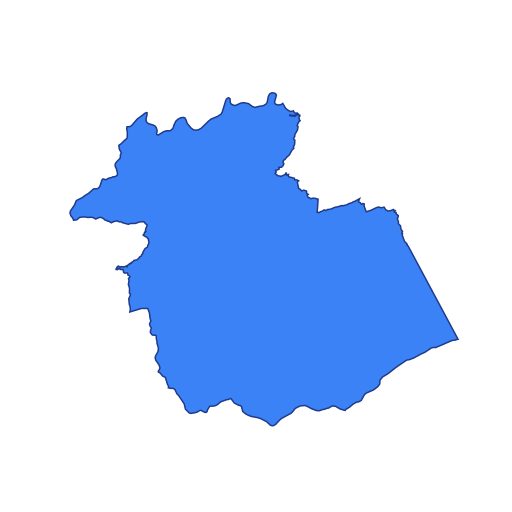 Trujillo, Valle del Cauca, Colombia, rotated 242°
{"feature_id": "7082276B51151260265899", "entity_name": "Trujillo", "entity_type": "district", "adm_level": 2, "iso_a3": "COL", "parent_name": "Colombia", "parent_adm1": "Valle del Cauca", "projection": "equal_earth", "projection_center": [-76.307, 4.233], "detail": "fine", "context": "isolated", "style": "filled", "palette": "blue", "viewbox_px": 512, "rotation_deg": 242, "n_neighbors": 0, "source": "geoboundaries", "source_scale": "gbopen_adm2", "svg_char_len": 6123}
<svg xmlns="http://www.w3.org/2000/svg" viewBox="0 0 512 512"><g transform="rotate(242 256 256)"><path d="M399.0,293.8L397.7,291.8L397.3,287.7L398.0,280.6L397.3,277.1L394.5,267.5L394.5,264.6L395.0,262.7L396.6,260.1L399.6,258.7L405.4,257.5L408.9,258.1L411.4,258.0L412.6,256.7L413.4,254.3L413.4,251.2L412.7,248.5L409.9,244.8L407.8,242.7L406.9,239.8L407.1,238.6L408.6,235.7L408.9,234.2L409.1,232.4L408.7,226.6L409.4,225.7L410.5,225.5L413.1,227.6L416.3,228.2L418.0,227.9L419.7,226.9L423.6,223.0L426.1,222.2L428.8,223.3L431.4,225.7L433.6,227.1L434.0,226.8L434.2,224.7L433.7,222.5L432.7,215.5L429.4,206.9L429.6,205.1L430.7,202.8L429.0,201.5L425.7,200.5L421.0,197.9L420.4,197.1L419.6,193.4L418.4,189.5L418.2,187.2L417.8,186.6L414.4,185.5L410.3,185.5L408.9,183.7L406.2,182.1L404.5,177.0L403.7,175.4L403.0,174.6L401.3,173.8L398.3,173.6L394.5,172.7L392.8,171.8L392.2,170.3L392.3,169.3L392.4,168.1L393.1,167.1L393.1,165.3L393.8,162.8L393.9,159.0L395.4,157.8L395.9,156.9L395.6,155.9L390.8,150.8L390.0,149.1L390.0,147.1L391.5,144.2L389.9,137.4L389.7,133.5L389.1,130.1L389.3,123.9L388.9,122.8L386.3,119.8L382.8,113.2L381.4,112.0L378.5,111.4L375.4,112.0L373.2,111.7L372.1,114.7L372.9,118.4L371.8,121.4L370.1,124.3L369.0,125.5L368.0,127.9L367.1,129.5L366.1,130.4L363.9,131.8L363.6,135.6L363.0,137.2L360.7,138.9L358.8,139.4L357.5,140.8L356.5,141.2L355.8,142.3L353.2,143.9L353.2,146.5L352.2,149.9L351.4,150.3L350.1,151.7L349.6,152.9L348.0,153.8L343.9,158.2L343.7,160.2L341.3,165.0L340.8,169.2L339.2,172.5L338.7,173.2L336.4,173.6L334.9,174.5L333.6,173.7L331.9,171.5L329.8,169.9L329.3,169.1L329.1,169.5L328.8,168.2L328.0,167.7L327.5,166.2L325.1,167.4L324.3,168.2L321.7,168.9L318.6,168.0L317.2,167.0L316.6,165.9L314.8,164.2L314.7,162.0L314.3,160.9L312.3,157.8L311.3,157.2L310.9,155.8L309.7,154.2L309.8,152.8L309.1,151.5L308.5,149.1L309.4,146.2L308.9,145.6L308.8,143.4L308.2,142.7L308.7,141.8L308.0,140.7L308.5,140.4L308.1,139.6L308.1,137.2L307.1,137.1L308.0,136.0L308.8,133.4L310.0,131.9L310.0,131.0L310.8,130.1L311.6,130.0L311.8,129.6L311.3,127.8L310.6,127.5L310.5,126.6L309.7,126.2L309.0,127.3L309.3,128.7L308.8,129.9L307.9,129.7L306.4,132.3L303.6,131.4L302.5,132.1L301.6,134.3L300.9,134.5L299.3,134.0L298.1,134.9L297.0,135.0L296.5,134.6L296.3,133.4L295.8,132.7L294.0,132.4L290.7,129.9L287.1,129.3L282.7,126.8L281.2,127.2L280.3,126.5L278.0,123.6L272.7,121.4L270.6,121.1L267.7,119.9L265.8,118.3L263.5,130.1L260.5,135.8L255.6,135.1L250.7,133.2L248.1,132.7L245.9,130.0L243.5,129.6L241.6,129.9L239.9,128.0L238.1,126.8L235.3,127.2L234.6,127.7L233.2,130.1L232.5,130.4L229.0,128.9L227.0,128.5L225.5,127.6L220.7,126.7L217.8,124.8L214.6,120.0L213.3,119.1L211.1,118.6L205.4,119.2L203.1,118.9L201.7,118.2L200.0,115.5L199.4,115.3L197.7,116.4L193.8,117.2L191.4,119.0L184.4,117.6L181.7,117.6L180.8,116.7L179.2,118.5L178.3,120.4L176.4,121.7L171.4,121.5L169.0,122.2L159.2,123.2L154.0,121.8L148.9,123.3L147.7,124.4L146.3,128.5L145.8,131.0L146.0,133.7L145.7,134.8L142.2,137.2L141.3,138.5L141.6,139.8L142.8,140.8L144.9,144.2L144.8,145.3L143.4,148.1L142.9,150.1L142.9,152.3L143.7,155.8L143.7,157.0L143.0,162.1L142.3,164.4L142.0,166.9L136.5,167.8L132.4,170.5L131.3,171.9L129.9,172.5L124.9,171.3L121.7,172.6L118.7,174.6L116.4,176.7L112.6,181.5L110.2,183.8L104.9,187.5L99.8,189.3L98.5,190.6L98.0,192.0L98.1,194.3L100.0,199.6L100.6,202.5L100.7,213.3L101.3,215.2L103.0,219.2L102.9,224.6L101.0,229.0L99.5,230.4L94.6,233.7L93.6,234.8L91.9,236.0L90.2,238.2L89.5,239.7L89.3,242.2L88.4,244.9L88.3,246.7L87.7,248.6L87.8,252.5L87.5,253.4L85.9,255.7L81.5,258.4L77.8,262.1L78.4,263.5L78.6,267.5L79.7,272.5L79.7,276.2L79.0,278.3L79.1,281.2L82.7,286.7L83.2,289.0L82.6,297.0L83.4,302.0L84.9,305.2L88.1,307.1L89.8,311.0L90.1,317.2L91.9,327.1L93.2,338.3L93.2,340.7L92.5,342.7L91.9,347.4L92.0,355.3L91.7,360.0L92.5,367.5L91.9,369.8L90.8,371.8L89.4,389.0L88.9,391.0L88.1,392.7L88.1,393.9L87.6,395.3L193.1,395.0L195.1,394.5L195.3,394.9L196.4,394.9L199.1,394.0L206.3,395.0L207.0,395.9L207.9,395.5L208.8,396.9L211.8,396.6L214.9,397.8L216.9,397.0L217.9,397.0L219.2,397.8L222.7,398.4L223.7,399.8L225.0,400.6L227.0,399.6L228.8,400.1L229.8,398.8L230.4,399.0L230.9,400.2L231.9,399.1L232.6,399.1L232.9,395.8L233.8,393.6L236.1,392.2L238.9,392.1L240.0,388.8L241.6,387.5L242.2,385.0L242.4,378.9L243.3,374.1L249.0,374.8L251.3,376.0L252.1,375.1L252.2,373.3L254.1,373.1L255.5,372.0L256.1,372.2L258.0,374.4L257.9,368.7L258.2,367.3L258.0,365.3L258.6,363.1L258.6,359.8L259.5,356.6L260.4,355.1L261.1,351.1L261.9,348.8L262.4,343.5L263.5,341.0L263.3,339.0L264.4,338.3L264.7,337.8L264.5,335.3L264.9,333.5L264.7,332.2L265.8,330.5L277.0,337.5L279.5,334.9L280.4,333.2L280.8,331.4L282.3,330.5L283.0,329.6L285.3,329.6L285.9,330.2L285.9,331.0L287.7,330.1L289.2,331.0L289.8,331.0L291.7,329.1L292.0,326.8L294.2,326.4L295.5,325.4L301.4,327.0L302.2,327.6L302.3,328.9L304.0,327.9L304.9,326.0L306.6,326.4L310.6,322.1L311.7,322.2L312.7,323.0L313.1,321.1L315.0,321.7L315.2,321.3L314.3,320.2L314.5,315.4L315.4,314.8L316.3,313.2L319.7,311.6L320.7,313.3L322.0,313.2L322.4,313.5L321.9,315.7L321.9,317.4L323.3,317.5L323.6,317.9L322.4,320.1L322.9,322.0L324.3,323.9L325.9,323.8L327.5,325.1L327.7,327.2L328.7,329.2L329.6,332.9L332.6,337.5L333.3,339.9L334.2,339.9L336.6,342.6L340.1,344.7L341.5,344.1L342.0,344.2L343.5,346.5L344.8,347.1L347.8,351.8L350.6,353.9L351.7,353.5L353.4,355.2L353.6,356.0L354.3,356.4L354.8,358.5L355.8,358.3L358.3,359.0L358.6,359.2L359.0,360.5L359.9,360.8L360.6,359.7L361.3,360.0L361.5,356.8L361.0,355.8L361.9,355.1L363.4,352.3L364.2,351.7L364.7,352.1L364.6,352.5L364.0,352.6L362.8,354.5L362.1,356.3L361.6,359.1L361.9,359.1L361.9,359.7L363.0,359.5L363.3,358.3L364.4,357.2L366.6,357.2L367.0,355.3L367.7,354.0L370.1,352.5L372.5,351.5L378.2,351.3L377.9,349.6L378.2,348.3L378.9,346.5L380.9,344.5L382.4,344.3L383.5,344.9L388.4,349.5L390.2,349.5L391.0,348.9L392.6,346.8L392.8,344.6L392.1,343.2L391.1,341.8L386.4,338.0L385.4,336.0L385.3,333.5L385.6,331.8L386.5,329.6L387.7,324.9L389.7,323.0L394.1,320.9L397.2,317.1L398.2,314.3L398.5,309.0L399.2,307.4L401.8,305.4L403.9,305.4L407.0,306.9L408.5,306.2L408.8,305.1L408.3,303.3L407.1,301.9L399.0,293.8Z" fill="#3b82f6" stroke="#1e3a8a" stroke-width="1.5"/></g></svg>